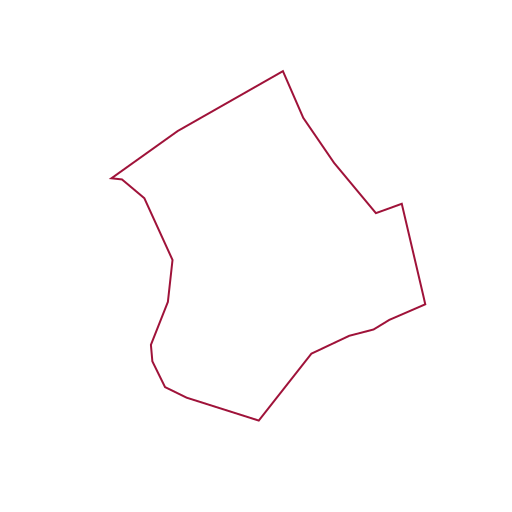 outline of Seongdong-gu, Seoul, South Korea, rotated 220°
{"feature_id": "91817680B63185877293812", "entity_name": "Seongdong-gu", "entity_type": "district", "adm_level": 2, "iso_a3": "KOR", "parent_name": "South Korea", "parent_adm1": "Seoul", "projection": "orthographic", "projection_center": [127.043, 37.542], "detail": "fine", "context": "isolated", "style": "outline", "palette": "rose", "viewbox_px": 512, "rotation_deg": 220, "n_neighbors": 0, "source": "geoboundaries", "source_scale": "gbopen_adm2", "svg_char_len": 440}
<svg xmlns="http://www.w3.org/2000/svg" viewBox="0 0 512 512"><g transform="rotate(220 256 256)"><path d="M354.2,414.9L396.3,301.5L416.7,222.6L407.9,228.5L378.7,228.5L317.4,199.3L294.0,164.2L279.4,120.4L267.7,108.7L241.4,97.1L218.0,102.9L148.1,131.7L150.8,216.8L133.3,254.8L118.7,275.3L112.8,292.8L95.3,327.8L102.8,333.5L177.9,389.7L191.7,365.9L256.0,377.5L308.6,392.2L354.2,414.9Z" fill="none" stroke="#9f1239" stroke-width="2"/></g></svg>